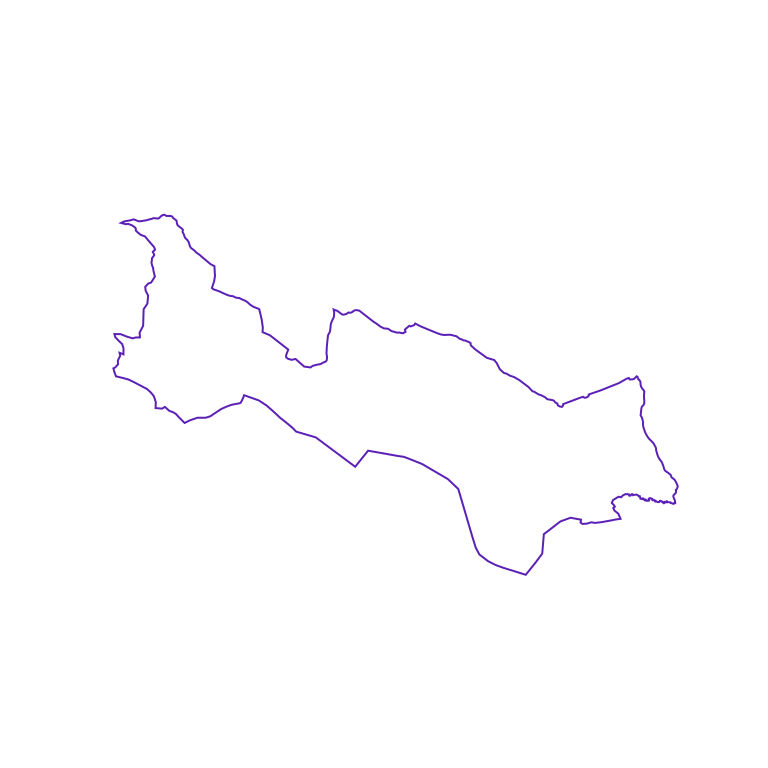 Agotime Ziope, Volta, Ghana (Equal Earth projection), rotated 124°
{"feature_id": "2480657B11620193732867", "entity_name": "Agotime Ziope", "entity_type": "district", "adm_level": 2, "iso_a3": "GHA", "parent_name": "Ghana", "parent_adm1": "Volta", "projection": "equal_earth", "projection_center": [0.664, 6.472], "detail": "fine", "context": "isolated", "style": "outline", "palette": "violet", "viewbox_px": 768, "rotation_deg": 124, "n_neighbors": 0, "source": "geoboundaries", "source_scale": "gbopen_adm2", "svg_char_len": 6066}
<svg xmlns="http://www.w3.org/2000/svg" viewBox="0 0 768 768"><g transform="rotate(124 384 384)"><path d="M472.6,430.2L466.4,410.7L468.7,361.6L448.2,359.9L435.9,332.2L433.3,326.9L431.3,318.4L429.0,307.5L427.1,278.0L429.5,263.7L461.1,225.5L468.4,216.4L472.0,209.6L472.7,198.7L471.7,190.5L469.6,182.1L462.9,159.8L447.5,158.5L436.1,158.0L419.1,167.5L399.3,160.9L390.6,154.6L386.3,144.8L389.0,143.5L389.0,141.2L386.4,137.8L382.8,134.9L381.1,131.3L376.7,126.2L369.8,119.1L367.1,116.5L363.5,112.5L360.5,117.2L360.1,122.1L358.6,124.6L356.6,124.0L355.8,125.8L355.2,128.7L352.0,129.2L346.3,126.5L345.3,124.1L342.9,123.7L340.2,122.2L340.0,121.5L339.0,120.5L338.9,119.8L338.5,119.1L338.5,118.8L338.7,118.6L339.3,118.5L339.5,118.1L339.4,118.0L338.8,117.7L338.4,117.1L337.2,117.1L336.7,116.9L336.5,116.6L336.5,116.2L336.9,115.7L337.0,115.4L336.2,114.9L334.4,112.6L334.3,111.0L334.7,110.1L334.6,109.8L334.1,109.6L333.9,109.2L335.7,107.3L334.9,105.4L334.4,105.8L334.0,105.4L333.9,105.1L334.6,103.0L334.6,102.8L334.3,102.7L334.1,102.9L333.8,103.1L333.5,102.7L333.5,102.4L333.7,102.0L334.1,101.6L334.1,101.3L333.8,101.2L333.6,101.0L333.5,100.3L332.7,99.2L332.3,99.1L332.0,99.3L331.3,100.3L331.1,100.3L330.6,99.7L330.2,99.9L329.8,99.6L329.2,97.4L329.4,97.0L329.9,96.9L330.2,96.4L330.0,96.0L329.3,95.7L329.1,94.5L329.6,94.0L329.7,93.6L329.0,93.6L328.9,91.2L328.3,90.2L327.9,89.8L327.6,89.7L326.7,90.0L326.4,89.8L325.9,87.9L325.9,87.6L326.3,87.2L326.2,86.8L325.9,86.6L325.8,86.1L325.9,85.9L326.4,85.7L326.4,85.3L325.9,85.0L325.7,85.0L324.8,85.4L324.7,85.2L324.6,84.3L324.3,83.9L323.2,84.1L323.0,83.8L323.4,82.8L322.7,81.8L322.4,81.1L321.9,80.3L321.9,80.1L322.3,79.8L322.3,79.7L322.0,79.0L321.6,77.2L321.2,76.8L320.5,77.0L320.3,76.9L319.9,76.0L318.5,77.1L317.2,78.6L316.9,79.4L315.9,80.8L314.9,81.6L314.4,81.7L312.9,81.6L311.7,81.2L310.9,81.3L310.3,81.5L309.8,81.8L308.7,82.8L307.7,82.5L305.4,82.9L304.7,83.2L303.6,84.5L302.0,87.2L301.0,89.2L300.8,90.0L300.6,93.2L300.5,93.6L299.3,95.0L299.0,96.1L298.7,98.8L298.8,100.6L298.6,102.8L297.6,104.4L295.4,107.1L293.7,109.6L293.1,110.9L292.4,113.1L291.3,115.5L290.2,117.2L286.8,121.3L285.1,122.6L284.2,124.0L283.6,125.3L282.9,126.5L282.4,127.5L282.0,129.3L281.1,134.0L279.9,137.0L278.3,140.1L275.1,144.4L273.2,146.3L271.9,147.2L271.0,147.7L268.9,149.8L267.5,151.7L266.4,153.8L263.1,155.5L261.5,156.4L258.9,157.5L256.0,157.1L254.8,157.3L252.3,158.8L251.5,159.6L249.9,160.7L249.5,161.2L244.4,164.2L243.1,168.1L242.5,169.2L241.3,170.7L240.2,171.6L239.0,172.4L238.4,173.3L237.9,174.6L238.0,175.5L237.8,175.9L237.4,176.1L237.0,177.0L236.7,177.5L236.3,177.8L236.3,178.8L239.8,179.5L241.3,180.7L242.9,182.9L242.1,184.4L243.9,185.8L251.8,189.7L268.0,200.7L278.2,208.4L279.1,207.7L280.9,208.0L282.3,208.9L283.3,210.1L283.3,211.8L286.1,214.0L300.5,224.2L301.8,223.5L303.5,223.7L304.4,225.9L304.5,227.9L303.3,229.3L303.5,231.8L303.0,233.1L302.9,234.7L305.3,240.2L304.9,243.0L305.5,247.9L306.2,249.7L306.4,255.1L307.0,256.8L305.7,262.6L305.1,273.9L305.5,280.0L306.7,284.4L306.9,288.2L307.8,290.7L307.0,296.2L303.7,302.1L302.5,306.0L304.8,313.4L304.3,327.8L303.4,333.7L301.6,335.2L301.7,336.7L302.5,340.8L303.5,342.8L303.6,344.7L304.2,346.3L303.9,350.7L306.2,356.8L309.9,361.8L311.2,364.8L312.2,368.7L314.8,381.2L315.8,386.4L316.4,391.9L318.3,391.9L321.4,394.1L321.6,395.6L327.2,397.1L328.8,395.3L330.5,396.3L331.1,396.4L331.6,397.2L333.0,400.6L333.6,401.1L334.5,402.7L335.1,405.2L335.7,406.4L336.0,408.3L335.9,411.3L336.4,412.4L337.9,415.1L338.4,419.0L338.1,425.7L338.3,426.7L337.0,445.4L338.0,447.9L339.0,449.2L340.3,450.0L342.2,450.6L343.7,451.6L344.6,453.4L346.6,454.2L347.4,454.7L349.2,456.3L349.8,457.9L349.5,462.4L349.6,464.3L350.3,466.5L350.4,467.4L352.5,465.3L355.9,463.3L357.8,462.8L360.5,462.5L364.0,461.6L370.7,458.1L374.7,457.7L377.6,456.3L385.5,452.0L391.2,448.5L393.1,446.6L395.0,445.4L396.5,444.8L397.8,444.8L400.3,446.4L403.0,447.8L405.4,450.3L409.0,453.4L411.3,454.1L414.2,459.9L412.7,471.3L415.7,474.2L416.8,477.9L416.6,479.6L416.3,480.4L415.8,480.8L413.5,481.6L409.0,482.6L407.4,505.9L408.9,513.7L405.0,516.0L399.0,521.4L391.7,529.3L393.0,535.6L393.1,539.3L392.7,541.6L392.5,544.0L392.6,545.6L393.5,550.3L393.6,551.9L395.3,555.2L395.5,557.8L397.2,561.4L398.1,565.0L398.9,569.7L399.2,572.0L400.9,578.5L400.7,580.3L397.7,581.2L393.7,582.3L389.0,584.5L381.1,590.5L381.6,594.2L381.5,596.3L380.7,603.4L380.5,605.7L380.1,608.5L380.0,609.8L380.0,612.9L379.4,615.6L379.1,620.3L378.3,622.0L375.6,625.2L375.2,626.4L374.6,627.3L374.5,628.4L374.0,630.8L372.9,632.4L372.1,633.2L371.5,634.4L370.5,636.0L369.8,636.5L368.6,636.9L368.2,638.6L368.0,642.1L367.7,644.1L366.7,645.4L364.5,647.5L364.3,651.7L363.6,653.3L363.8,654.1L364.4,655.7L364.9,656.0L365.1,656.6L365.5,657.0L365.9,657.7L366.4,658.6L366.4,660.3L366.7,661.0L368.1,662.2L368.5,662.2L369.3,662.6L370.2,662.9L371.6,663.0L372.9,663.5L373.1,664.0L373.4,664.2L375.3,667.7L377.9,669.7L378.2,670.1L381.1,672.5L384.2,675.8L386.2,678.1L387.5,683.6L390.1,685.8L394.5,690.3L397.5,692.0L395.8,687.2L394.3,685.7L393.3,681.1L393.5,677.9L393.6,677.3L394.2,676.5L395.6,675.5L396.0,673.2L396.4,669.0L395.3,664.7L396.6,660.3L399.1,651.1L400.7,648.9L403.7,649.6L405.4,646.7L405.8,646.5L409.6,646.7L411.4,645.5L412.1,645.2L412.6,645.1L413.7,644.4L415.9,641.9L416.7,640.5L418.6,638.9L423.1,634.0L430.1,633.8L432.5,635.6L437.0,636.3L439.9,633.8L442.6,629.0L449.7,625.1L456.4,625.1L470.5,616.2L477.9,615.4L481.9,612.4L484.4,616.0L486.7,617.9L488.6,624.0L489.9,630.1L493.3,635.4L495.4,633.0L496.6,627.8L497.3,623.4L500.1,619.9L505.1,616.6L506.0,620.7L508.1,618.5L512.6,617.9L513.8,617.5L516.3,615.5L520.6,616.1L522.4,617.1L525.0,614.0L527.5,610.5L524.9,603.5L523.1,598.1L522.2,591.5L520.7,577.6L521.5,572.1L522.9,567.8L526.7,563.0L531.7,559.9L528.5,554.2L525.5,552.8L526.3,547.0L525.3,542.8L525.2,539.7L526.4,534.8L527.8,527.5L522.5,524.5L516.3,519.8L511.6,512.9L508.0,510.0L495.8,505.0L491.3,502.2L486.5,498.8L480.9,493.1L479.9,492.4L477.3,492.5L473.1,493.3L471.5,493.7L467.6,478.5L467.5,469.1L468.6,460.7L470.1,451.1L470.8,441.8L471.6,434.7L472.6,430.2Z" fill="none" stroke="#5b21b6" stroke-width="2"/></g></svg>